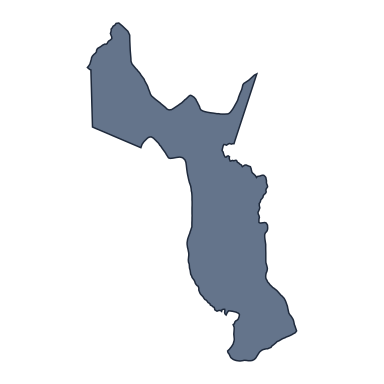 the district of São Sebastião da Boa Vista, Pará, Brazil
{"feature_id": "56859067B42238092487296", "entity_name": "São Sebastião da Boa Vista", "entity_type": "district", "adm_level": 2, "iso_a3": "BRA", "parent_name": "Brazil", "parent_adm1": "Pará", "projection": "equal_earth", "projection_center": [-49.65, -1.432], "detail": "fine", "context": "isolated", "style": "filled", "palette": "slate", "viewbox_px": 384, "rotation_deg": 0, "n_neighbors": 0, "source": "geoboundaries", "source_scale": "gbopen_adm2", "svg_char_len": 5394}
<svg xmlns="http://www.w3.org/2000/svg" viewBox="0 0 384 384"><path d="M111.1,29.1L111.2,30.5L110.9,32.0L110.4,33.5L111.1,35.4L111.7,36.8L111.8,38.6L110.4,40.0L108.6,41.1L107.8,42.2L107.1,43.6L106.1,44.2L104.8,44.1L102.8,45.0L100.6,46.7L99.5,47.3L97.5,48.5L96.6,50.2L96.4,51.9L95.4,53.2L93.8,54.5L92.4,56.1L91.6,57.6L91.3,59.4L90.8,61.0L89.9,64.1L88.8,65.8L87.4,67.5L88.9,68.8L89.8,69.5L90.9,69.9L92.5,127.0L95.6,128.4L140.9,147.7L142.0,144.4L143.9,141.7L147.5,138.1L148.8,137.3L149.9,137.0L151.3,136.9L153.6,138.2L154.5,139.2L155.7,140.3L156.7,141.4L157.9,142.5L158.9,143.7L159.7,145.1L160.8,146.2L161.8,147.8L162.8,149.2L165.5,152.9L166.4,154.6L167.1,155.6L167.8,156.8L168.6,157.9L170.2,158.4L173.0,158.1L176.3,157.5L179.4,157.1L180.6,157.2L182.6,157.7L184.9,159.8L185.9,162.3L186.3,165.0L186.7,168.7L187.2,172.4L187.6,174.6L188.2,177.4L188.5,178.9L189.4,182.5L189.9,183.8L190.7,186.2L191.2,189.2L191.3,190.9L191.7,192.4L191.9,194.4L192.0,196.5L192.0,200.0L192.1,201.6L192.1,205.4L192.0,208.0L192.0,213.6L192.1,215.6L192.0,217.9L192.0,220.1L191.9,222.9L191.9,226.8L191.3,228.5L190.7,230.4L190.2,231.7L189.8,233.2L189.1,235.0L188.2,237.5L187.6,239.4L187.1,242.6L187.1,244.3L187.5,247.4L187.9,248.8L188.7,253.0L188.8,254.9L188.5,257.9L188.3,259.9L188.5,262.2L189.2,264.0L189.4,266.6L189.5,268.1L190.1,270.1L190.7,274.2L191.7,276.1L192.1,277.5L194.0,280.0L194.7,281.3L195.4,283.4L196.1,284.5L197.1,285.6L198.2,286.3L198.8,288.1L198.8,290.1L199.9,293.0L200.7,294.3L203.0,296.7L204.0,298.3L204.8,299.4L206.1,300.1L207.1,301.1L208.0,302.5L209.8,303.6L210.4,305.1L211.8,305.7L212.9,306.8L214.2,307.4L214.9,309.9L217.0,311.2L218.7,310.5L220.4,310.4L221.6,311.4L222.1,309.6L223.4,309.3L224.7,309.3L224.9,310.7L224.6,312.4L225.0,313.9L226.1,315.0L227.2,312.7L228.5,310.9L229.9,310.9L231.0,311.1L232.6,311.3L236.0,312.1L238.5,313.3L239.4,314.4L239.3,315.8L238.9,317.3L238.0,319.4L236.6,320.5L235.6,321.0L234.8,322.1L234.4,323.7L233.1,324.6L234.1,327.1L234.2,328.8L233.8,334.2L234.3,339.2L234.1,340.7L233.1,344.1L231.4,346.8L230.3,348.1L229.4,349.3L228.5,350.1L227.6,351.0L228.0,352.7L229.0,353.9L230.8,357.6L232.2,358.7L233.3,359.5L235.4,360.3L236.6,360.6L238.9,360.9L240.1,361.0L243.0,360.6L244.1,360.3L246.2,360.4L248.2,360.7L250.5,360.7L252.1,360.5L253.7,359.8L254.8,359.0L255.7,358.1L258.5,353.6L259.6,352.0L261.4,350.5L262.8,349.7L264.6,349.2L266.2,348.8L267.7,348.8L268.9,348.2L271.0,347.4L271.7,346.2L274.0,344.4L276.0,342.7L276.9,341.7L278.2,341.1L279.2,340.7L280.3,340.0L282.7,338.6L285.3,337.6L286.4,336.9L287.5,336.6L289.5,335.8L291.8,334.7L292.9,334.0L295.3,332.7L296.6,330.9L295.5,327.7L295.0,326.1L294.4,324.7L293.8,321.8L293.4,320.2L292.7,318.7L291.1,316.2L289.8,314.7L288.8,313.0L287.7,307.9L287.4,306.2L286.9,304.8L285.9,302.0L285.4,300.7L284.7,299.4L284.1,298.3L282.9,297.0L282.0,296.0L280.9,295.2L280.0,294.1L279.2,293.2L277.8,291.6L276.8,290.5L273.9,288.2L272.7,287.5L271.7,286.4L269.8,284.6L269.1,283.5L267.6,281.9L267.0,280.4L265.9,278.5L265.7,276.6L265.8,274.9L266.2,272.9L266.8,271.7L267.2,270.1L267.4,268.6L267.1,267.0L266.7,265.4L265.9,262.7L265.8,260.9L265.8,259.3L265.8,253.6L265.7,248.7L265.7,246.6L265.7,244.4L264.9,239.0L264.7,237.1L264.7,234.6L265.3,233.0L266.2,232.0L267.0,231.0L267.5,229.7L267.7,228.1L267.5,225.1L266.2,223.0L264.8,222.5L260.3,223.1L259.0,222.5L258.9,221.1L259.0,218.9L259.4,217.5L259.0,215.6L258.2,214.0L258.0,212.3L258.9,210.5L259.8,207.9L259.3,205.6L259.2,203.5L260.0,202.5L260.5,201.2L260.8,199.8L261.7,198.9L262.9,197.4L263.3,195.6L264.2,194.4L265.4,193.5L266.2,192.0L265.9,190.2L266.2,188.9L267.6,186.8L267.3,185.2L266.7,184.0L266.4,182.4L266.5,180.9L265.8,177.4L264.9,176.3L263.8,175.3L262.6,175.2L261.2,175.5L260.0,176.0L257.3,176.5L256.5,177.5L255.4,175.6L254.5,174.8L253.5,173.8L252.4,172.9L251.8,171.8L251.4,170.1L251.1,168.6L250.4,166.7L247.7,165.7L246.3,165.0L245.0,165.0L243.7,165.8L242.3,166.7L241.4,165.0L239.6,163.9L238.7,162.9L237.4,162.3L236.9,161.0L236.0,160.2L233.6,160.8L232.5,160.4L231.4,160.8L230.2,161.1L229.6,159.7L229.2,158.2L229.5,156.8L228.3,155.9L227.2,156.1L226.3,157.1L225.2,157.1L224.4,155.8L223.8,154.6L223.1,152.0L222.1,150.6L222.4,148.9L223.2,145.7L223.9,144.5L225.1,144.6L226.4,145.2L227.4,144.6L228.4,143.9L229.5,143.5L231.4,144.1L232.7,143.7L234.0,143.7L234.8,141.1L256.8,73.9L254.4,75.1L253.5,75.9L248.8,80.2L243.8,83.5L242.8,85.0L242.4,86.9L241.8,89.3L241.1,91.0L240.2,93.0L239.6,94.5L239.1,95.9L238.6,97.2L238.0,99.3L237.5,100.6L236.4,102.7L235.3,104.6L234.1,106.8L232.6,109.3L230.4,112.2L229.0,113.4L227.8,113.9L224.6,114.1L222.5,114.1L220.1,114.0L218.9,113.7L216.9,113.7L215.8,113.5L213.3,113.1L210.7,112.8L207.2,112.2L205.1,111.7L203.8,111.3L202.7,110.9L200.9,109.9L200.0,108.4L199.5,106.6L198.8,105.2L198.2,104.1L197.3,102.2L196.5,100.9L195.9,99.4L194.1,97.3L191.5,95.6L190.3,95.3L189.3,95.8L186.1,98.9L184.7,99.9L183.9,100.8L183.0,101.6L181.8,102.8L179.5,104.3L178.4,105.2L177.3,105.9L173.4,108.5L171.6,109.6L169.6,109.9L168.4,109.7L167.2,109.2L165.2,107.2L162.0,104.6L161.0,103.8L160.1,102.9L155.8,99.6L151.7,96.1L150.5,94.3L149.5,91.4L148.3,88.4L147.9,87.0L147.3,85.5L146.3,83.7L144.7,80.8L144.1,79.2L142.3,76.8L141.0,75.1L140.2,73.7L138.9,72.0L138.0,71.1L136.9,69.6L136.0,68.8L132.1,64.1L131.4,62.4L131.0,61.1L130.9,58.4L130.2,50.0L129.8,40.9L129.7,35.1L127.9,31.3L122.4,26.0L118.8,23.0L116.1,23.4L114.8,25.2L113.1,26.2L112.3,27.7L111.1,29.1Z" fill="#64748b" stroke="#1e293b" stroke-width="1.5"/></svg>